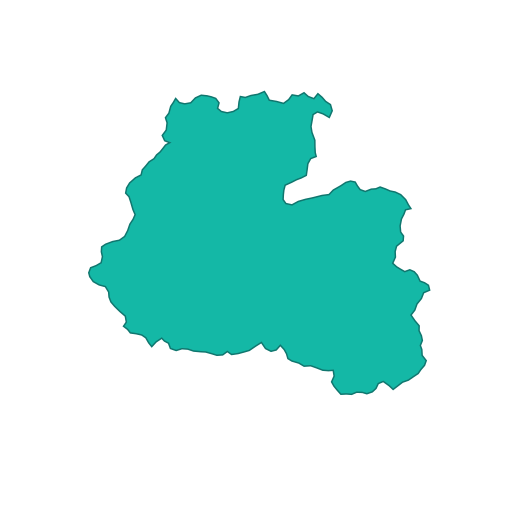 Fervedouro, Minas Gerais, Brazil (Robinson projection), rotated 247°
{"feature_id": "56859067B78498783897828", "entity_name": "Fervedouro", "entity_type": "district", "adm_level": 2, "iso_a3": "BRA", "parent_name": "Brazil", "parent_adm1": "Minas Gerais", "projection": "robinson", "projection_center": [-42.344, -20.674], "detail": "fine", "context": "isolated", "style": "filled", "palette": "teal", "viewbox_px": 512, "rotation_deg": 247, "n_neighbors": 0, "source": "geoboundaries", "source_scale": "gbopen_adm2", "svg_char_len": 3001}
<svg xmlns="http://www.w3.org/2000/svg" viewBox="0 0 512 512"><g transform="rotate(247 256 256)"><path d="M93.2,371.8L99.6,370.1L105.2,372.1L109.4,372.3L113.2,376.1L118.0,377.1L123.5,376.9L128.0,378.9L134.6,376.9L141.1,375.6L144.1,381.0L148.9,385.4L152.2,391.6L156.7,396.0L156.7,402.5L161.7,403.3L165.5,400.7L168.8,397.2L175.3,397.0L179.7,395.5L183.2,392.2L183.5,386.8L187.3,383.9L191.1,381.2L195.9,379.0L200.5,383.9L205.7,385.8L210.1,389.2L212.5,397.4L216.7,399.6L221.5,398.5L227.4,400.4L233.3,404.4L236.8,408.6L240.1,411.7L239.1,417.1L243.5,416.3L249.4,415.8L255.9,413.2L260.5,409.1L263.4,404.9L267.2,401.3L271.0,397.2L271.0,392.6L272.5,388.2L272.7,381.8L276.4,377.8L281.0,376.7L285.3,376.2L288.0,372.3L288.6,367.4L287.5,361.6L286.5,352.9L284.0,347.2L285.9,340.5L287.4,330.8L288.8,323.7L289.7,316.3L289.0,309.1L292.6,304.0L297.4,303.0L301.9,305.2L305.8,307.4L309.8,310.5L310.0,317.8L310.4,323.1L310.2,328.2L310.6,333.8L315.7,336.9L320.7,339.8L324.3,344.4L324.1,350.3L328.0,350.9L333.5,352.9L339.6,355.4L344.0,355.6L348.0,355.8L353.7,357.2L358.9,360.6L363.9,363.8L364.6,368.9L360.6,373.3L354.9,377.6L359.9,382.9L366.3,383.7L371.1,380.5L376.1,378.9L381.2,376.4L378.2,370.8L382.4,366.4L387.5,364.0L386.8,357.5L390.2,352.2L387.2,347.2L385.7,341.0L390.2,335.3L394.2,329.1L399.4,328.8L404.1,328.0L404.1,320.9L405.7,314.1L406.1,308.1L408.9,303.9L404.5,300.6L398.7,297.4L397.9,291.6L399.0,285.5L402.6,280.5L406.9,278.3L411.4,281.8L416.8,280.5L420.0,277.0L422.5,273.6L425.4,268.4L425.2,262.0L422.5,255.8L423.9,249.8L427.1,245.4L432.4,243.6L429.6,239.9L427.1,236.0L421.5,231.6L418.7,226.7L413.3,226.2L407.0,222.6L403.6,216.8L397.8,217.0L394.0,220.9L393.5,216.1L391.4,212.4L389.2,208.3L387.9,204.0L385.4,200.1L384.5,194.5L382.2,190.2L379.7,185.0L375.5,181.9L375.1,175.6L372.6,168.2L369.2,163.5L364.8,160.6L360.2,162.3L354.4,161.8L346.9,160.9L341.3,160.9L337.8,157.2L334.6,152.4L329.5,147.8L325.3,142.7L323.9,136.4L325.3,129.7L325.6,122.1L324.7,117.5L320.3,115.3L315.4,114.4L310.3,110.8L309.6,105.1L309.8,99.2L305.9,95.5L301.9,94.9L296.0,96.2L290.7,100.3L286.7,105.4L280.4,106.3L275.6,104.7L270.4,104.5L264.7,106.3L258.0,109.1L251.7,112.2L245.8,110.8L243.1,106.6L238.7,109.1L234.3,110.3L231.3,115.3L228.0,119.9L223.8,122.6L218.0,123.3L213.3,124.6L216.0,130.6L217.2,137.1L213.5,138.5L209.9,141.4L204.3,141.1L200.2,145.6L199.6,151.6L196.9,156.9L192.9,161.4L189.5,167.7L187.3,172.2L183.2,177.3L179.9,181.2L178.0,186.7L179.3,192.3L174.9,195.0L173.2,201.4L172.3,207.9L171.7,212.9L173.2,220.4L174.3,227.2L167.1,228.6L162.4,232.6L161.6,237.9L164.3,243.5L158.9,245.4L154.1,245.9L149.1,245.3L145.3,248.0L140.7,253.6L135.8,257.2L133.6,263.5L129.1,268.4L124.8,272.8L122.2,277.8L120.6,282.4L114.9,281.0L110.6,276.4L105.8,276.9L100.6,278.4L95.6,280.1L93.7,285.3L91.3,290.0L91.3,295.4L88.9,300.6L85.9,304.2L85.5,310.0L87.2,314.7L90.8,318.7L90.8,324.1L84.6,327.9L79.6,330.1L81.1,335.9L82.6,341.6L82.2,347.8L83.4,353.7L84.5,359.4L87.0,363.3L89.5,368.4L93.2,371.8Z" fill="#14b8a6" stroke="#0f766e" stroke-width="1.5"/></g></svg>